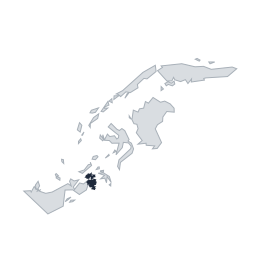 Raja Ampat, Papua Barat, Indonesia shown in context, rotated 133°
{"feature_id": "22746128B90221566890304", "entity_name": "Raja Ampat", "entity_type": "district", "adm_level": 2, "iso_a3": "IDN", "parent_name": "Indonesia", "parent_adm1": "Papua Barat", "projection": "albers", "projection_center": [130.461, -0.827], "detail": "fine", "context": "in_parent", "style": "outline", "palette": "slate", "viewbox_px": 256, "rotation_deg": 133, "n_neighbors": 0, "source": "geoboundaries", "source_scale": "gbopen_adm2", "svg_char_len": 8451}
<svg xmlns="http://www.w3.org/2000/svg" viewBox="0 0 256 256"><g transform="rotate(133 128 128)"><path d="M84.9,105.0L89.5,110.9L96.2,110.0L99.6,107.2L105.5,108.7L110.0,107.5L115.8,93.5L123.1,92.7L126.6,95.9L122.9,96.3L128.2,102.9L126.8,104.4L133.0,109.7L127.5,109.1L125.8,118.7L121.6,120.2L119.2,124.0L120.8,126.6L119.2,130.8L111.3,136.3L109.5,131.5L106.2,132.7L102.8,130.1L96.8,133.3L95.9,130.0L88.6,130.5L87.0,121.8L83.3,119.5L81.6,113.6L82.1,107.8L84.9,105.0ZM10.5,88.9L22.5,90.3L38.2,105.2L40.1,106.4L40.9,104.8L51.2,113.1L48.8,115.0L54.6,114.5L53.5,119.0L58.2,121.2L60.8,126.6L59.9,129.2L63.7,128.0L67.1,131.6L65.9,145.5L60.2,144.1L60.0,146.1L44.3,132.5L37.5,120.7L31.4,114.8L28.3,107.1L12.4,93.4L10.5,88.9ZM245.5,128.0L245.2,161.2L240.3,156.5L240.9,155.1L234.7,156.7L235.7,153.4L234.0,151.6L234.6,151.4L235.6,151.5L236.2,151.3L233.2,150.0L234.6,149.6L231.9,143.6L226.6,139.8L209.7,134.0L209.1,130.0L206.8,134.4L204.3,135.2L203.5,131.3L199.5,128.7L208.3,127.8L209.5,125.2L201.2,125.9L199.3,122.4L194.5,121.7L195.9,118.8L201.7,116.2L209.8,118.2L210.9,126.2L216.3,131.7L229.4,122.1L245.5,128.0ZM163.2,109.4L157.4,112.9L141.2,111.9L139.2,113.3L138.6,117.5L141.7,121.6L146.3,118.8L155.8,118.5L145.2,124.2L150.1,129.4L149.9,133.1L153.1,137.0L146.5,138.9L146.7,135.5L142.9,132.6L143.7,128.7L141.7,128.3L139.7,129.7L140.7,143.2L136.2,143.4L136.5,135.3L135.7,132.6L132.6,132.1L132.1,128.6L135.7,119.3L137.5,119.1L136.8,115.1L139.5,109.7L143.7,107.8L158.3,110.1L164.3,105.8L163.2,109.4ZM67.5,146.0L79.1,147.6L80.9,150.2L89.8,150.8L91.8,148.1L100.6,150.5L103.0,154.2L110.1,154.8L110.1,157.9L111.1,159.8L104.3,157.4L77.1,155.0L63.5,150.8L67.5,146.0ZM177.8,110.1L182.7,106.4L180.5,110.7L183.8,113.3L178.6,112.9L181.4,119.0L177.6,115.6L176.2,108.6L179.3,103.2L177.8,110.1ZM180.2,129.1L192.3,130.4L193.5,134.1L188.6,131.4L181.9,132.0L179.9,130.6L178.7,132.3L180.2,129.1ZM152.8,158.5L143.9,160.3L137.6,159.1L141.7,156.7L150.4,158.6L153.4,156.0L152.8,158.5ZM127.2,156.4L133.1,157.1L134.2,159.0L122.3,160.8L124.2,157.6L128.3,159.3L129.6,158.6L127.2,156.4ZM163.6,160.2L163.9,163.8L157.2,167.1L157.5,163.6L163.6,160.2ZM66.9,124.3L68.7,128.3L71.0,128.8L70.3,131.4L66.8,130.2L65.7,126.9L62.3,126.3L63.9,123.8L66.9,124.3ZM232.8,156.8L228.3,157.4L230.6,153.2L234.1,152.3L235.2,153.9L232.8,156.8ZM138.7,162.5L141.5,164.3L142.8,166.2L140.0,166.9L133.4,163.3L138.7,162.5ZM173.4,130.2L175.3,133.0L172.5,134.0L169.3,131.9L169.5,130.3L173.4,130.2ZM110.5,156.7L116.8,157.8L114.0,160.1L110.5,156.7ZM120.3,156.8L121.3,160.2L117.6,159.8L120.3,156.8ZM78.1,129.3L75.1,132.0L75.3,128.7L78.1,129.3ZM212.7,142.2L213.5,146.6L212.1,146.8L210.9,143.6L212.7,142.2ZM108.4,150.6L103.6,152.0L101.5,151.3L108.4,150.6ZM154.6,137.8L154.7,141.8L152.0,143.5L153.0,138.1L154.6,137.8ZM20.6,109.6L25.1,111.8L24.6,113.9L20.6,109.6ZM31.8,125.7L30.0,124.9L29.2,121.6L30.5,121.5L31.8,125.7ZM196.2,155.3L195.2,153.7L197.8,150.8L197.7,153.4L196.2,155.3ZM191.3,114.8L196.3,115.9L190.6,115.5L191.3,114.8ZM160.9,123.0L165.5,124.1L160.4,124.0L160.9,123.0ZM152.5,139.8L150.1,141.8L152.2,138.2L152.5,139.8ZM217.0,117.8L219.6,118.2L222.1,120.1L219.7,120.5L217.0,117.8ZM173.2,153.6L171.5,155.1L168.1,155.3L169.0,153.6L173.2,153.6ZM212.5,147.4L211.5,149.5L210.3,149.4L210.4,146.1L212.5,147.4ZM180.0,122.9L177.0,123.3L176.1,122.5L177.4,121.2L180.0,122.9ZM217.4,122.6L221.2,122.9L224.7,123.7L221.3,124.2L217.4,122.6ZM153.1,120.6L156.2,121.9L153.1,122.6L153.1,120.6ZM182.4,103.0L180.3,102.7L182.2,101.1L182.4,103.0ZM160.9,157.5L164.3,156.3L164.7,157.0L160.9,157.5ZM191.2,123.0L190.7,124.9L188.1,123.9L189.4,123.4L191.2,123.0ZM119.6,134.1L118.3,135.4L119.3,131.5L119.6,134.1ZM177.0,116.0L178.6,118.5L178.0,118.9L175.6,117.0L177.0,116.0Z" fill="#d9dde1" stroke="#a8b0b8" stroke-width="1"/><path d="M192.6,115.0L192.8,114.9L192.5,114.9L193.0,114.8L192.9,114.9L193.0,114.9L193.2,115.2L193.4,115.3L193.5,115.7L193.8,115.6L194.0,116.0L194.5,116.3L194.5,116.2L194.7,116.3L195.1,116.0L195.8,116.4L195.8,116.2L196.0,116.2L196.3,115.9L196.1,115.7L196.1,115.4L195.8,115.1L195.5,115.1L195.3,114.8L194.7,114.7L194.8,114.7L194.6,114.6L194.4,114.6L193.6,114.4L193.2,114.5L193.4,114.6L193.0,114.7L192.6,114.7L192.4,114.6L192.3,114.8L192.2,114.7L192.2,114.8L192.0,114.6L191.7,114.9L191.5,115.0L191.4,114.8L191.3,115.0L191.2,115.1L191.2,114.8L191.1,115.0L190.9,114.9L190.8,115.1L190.9,115.3L191.2,115.4L191.1,115.1L191.3,115.1L191.3,115.3L191.5,115.2L191.3,115.3L191.6,115.3L191.3,115.6L191.3,115.4L191.1,115.5L190.5,115.5L190.9,115.6L191.0,115.8L191.1,115.7L191.4,115.8L191.6,115.7L191.6,115.9L192.1,115.7L192.0,115.9L192.2,116.0L192.3,116.4L192.2,116.6L192.4,116.4L192.3,116.1L192.9,115.9L193.0,116.1L192.9,116.2L193.1,116.7L193.9,116.6L194.2,116.4L194.2,116.2L193.8,116.0L193.7,115.9L193.6,116.0L193.1,115.9L193.0,115.4L192.8,115.2L192.6,115.1L192.6,115.0ZM191.2,122.9L190.7,123.2L189.7,123.2L188.9,123.5L188.5,123.8L188.1,123.8L188.0,124.0L188.7,124.5L189.2,124.7L189.9,124.7L190.0,124.8L189.9,124.9L190.0,124.9L190.7,124.9L190.8,124.8L190.7,124.7L190.9,124.7L191.2,124.4L191.1,124.5L191.4,124.7L191.3,124.8L191.8,124.7L191.6,124.7L191.4,124.5L191.6,124.6L191.7,124.4L191.6,124.5L191.6,124.4L191.3,124.4L191.1,124.2L191.5,124.1L191.5,123.9L191.8,123.8L191.2,123.2L191.4,123.0L191.2,122.9ZM194.3,120.4L194.8,120.5L194.8,120.3L195.0,119.6L194.8,119.5L195.0,119.3L194.7,119.1L194.2,119.2L194.1,118.9L193.7,119.0L192.7,119.3L193.1,119.9L192.9,120.1L193.2,120.3L193.2,120.5L193.4,120.4L193.8,120.6L194.1,120.5L194.3,120.4ZM193.7,118.4L193.6,118.6L193.1,118.6L192.9,118.5L192.7,118.4L192.4,118.7L192.1,118.7L191.9,118.7L192.0,118.5L191.9,118.4L191.9,118.6L191.7,118.5L191.8,118.8L191.6,118.8L191.8,118.9L191.5,119.0L191.4,119.1L191.7,119.0L191.8,119.1L192.1,119.0L192.4,119.1L193.7,118.8L193.8,118.7L194.0,118.7L193.8,118.5L194.2,118.4L193.8,118.3L193.8,118.5L193.7,118.3L193.7,118.4ZM192.6,116.5L192.1,116.8L192.0,116.7L191.8,116.7L191.9,116.8L192.0,116.9L191.8,117.1L192.2,117.1L192.4,116.8L192.6,116.9L192.5,117.0L192.3,117.1L192.8,117.0L193.0,116.7L192.6,116.5ZM188.9,120.2L188.2,120.3L188.1,120.5L188.9,120.5L188.6,120.6L189.1,120.4L189.1,120.6L189.3,120.3L188.9,120.2ZM188.9,116.5L188.6,116.6L188.8,117.0L188.9,116.8L188.9,116.7L189.0,116.7L188.9,116.5ZM195.0,119.9L195.2,119.7L195.2,119.8L195.1,119.7L195.3,119.5L195.0,119.5L195.0,119.9ZM190.1,114.5L189.9,114.3L190.0,114.6L189.9,114.7L190.1,114.9L190.2,114.6L190.1,114.5ZM188.1,120.2L188.0,120.3L187.8,120.4L187.9,120.5L188.1,120.2ZM194.9,112.5L194.8,112.4L194.7,112.4L194.9,112.6L194.9,112.5ZM192.8,117.4L192.5,117.4L192.2,117.6L192.8,117.4ZM190.6,115.9L190.4,115.8L190.4,116.0L190.6,116.0L190.6,115.9ZM190.6,125.6L190.9,125.6L190.6,125.6ZM187.7,123.7L187.6,123.4L187.5,123.5L187.7,123.7ZM194.2,114.4L194.4,114.4L194.2,114.3L194.2,114.4ZM190.5,121.9L190.8,121.9L190.5,121.9ZM191.9,116.0L192.1,116.1L191.9,116.0ZM191.4,125.2L191.2,125.2L191.2,125.3L191.4,125.3L191.4,125.2ZM186.7,120.5L186.8,120.4L186.7,120.3L186.7,120.5ZM195.4,111.9L195.5,111.9L195.3,111.7L195.4,111.9ZM193.5,118.3L193.3,118.3L193.4,118.5L193.5,118.4L193.4,118.4L193.5,118.3ZM190.6,116.2L190.4,116.0L190.6,116.2ZM191.0,117.7L190.8,117.8L191.0,117.7ZM195.7,111.6L195.6,111.4L195.5,111.5L195.7,111.6ZM193.9,116.0L194.0,116.0L193.9,116.0ZM186.1,120.3L186.1,120.2L185.9,120.3L186.0,120.4L186.1,120.3ZM194.0,114.2L193.9,114.3L194.0,114.3L194.0,114.2ZM191.6,125.7L191.9,125.8L191.6,125.7ZM186.1,120.3L186.3,120.4L186.2,120.3L186.1,120.3ZM193.2,118.5L193.3,118.3L193.2,118.4L193.2,118.5ZM190.7,115.3L190.8,115.2L190.7,115.2L190.7,115.3ZM192.5,124.6L192.2,124.6L192.4,124.6L192.5,124.6ZM190.9,115.3L190.7,115.4L190.9,115.4L190.9,115.3ZM191.0,125.3L191.1,125.2L190.9,125.3L191.0,125.3ZM195.4,119.7L195.3,119.8L195.4,119.7ZM188.2,120.2L188.3,120.2L188.2,120.2ZM194.8,120.5L194.9,120.4L194.8,120.5ZM190.8,117.4L190.7,117.2L190.8,117.4ZM195.2,112.4L195.3,112.4L195.2,112.3L195.2,112.4ZM191.1,115.5L191.1,115.4L191.0,115.5L191.1,115.5ZM191.8,124.5L191.7,124.5L191.8,124.5ZM192.7,119.2L192.8,119.2L192.7,119.2L192.7,119.2ZM188.9,122.7L189.0,122.7L188.9,122.7ZM189.7,114.8L189.7,114.7L189.5,114.8L189.7,114.8ZM187.4,123.5L187.5,123.5L187.5,123.4L187.4,123.5ZM193.0,115.1L192.9,115.1L193.0,115.1ZM191.9,125.3L191.7,125.3L191.8,125.3L191.9,125.3ZM191.8,125.0L191.7,124.9L191.7,125.0L191.8,125.0ZM188.3,123.2L188.2,123.0L188.3,123.2ZM187.9,120.4L187.8,120.5L187.9,120.4ZM190.6,117.9L190.7,118.0L190.7,117.9L190.6,117.9ZM190.7,115.0L190.7,114.9L190.6,115.0L190.7,115.0Z" fill="none" stroke="#1e293b" stroke-width="2"/></g></svg>